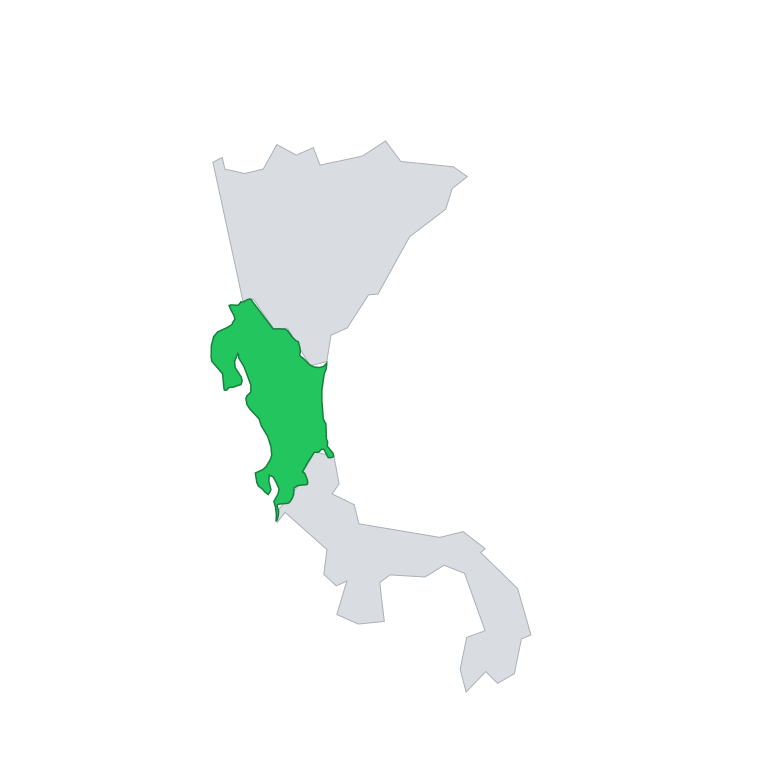 map of Costa Rica with Panama and Nicaragua greyed out, rotated 31°
{"feature_id": "CRI", "entity_name": "Costa Rica", "entity_type": "country or territory", "adm_level": 0, "iso_a3": "CRI", "parent_name": "North America", "parent_adm1": "", "projection": "robinson", "projection_center": [-84.032, 9.63], "detail": "fine", "context": "with_neighbors", "style": "filled", "palette": "green", "viewbox_px": 768, "rotation_deg": 31, "n_neighbors": 2, "source": "natural_earth", "source_scale": "50m", "svg_char_len": 2694}
<svg xmlns="http://www.w3.org/2000/svg" viewBox="0 0 768 768"><g transform="rotate(31 384 384)"><path d="M639.2,523.4L633.1,531.7L644.9,565.2L635.5,582.1L619.3,578.1L613.0,605.7L596.2,589.3L585.4,558.6L597.7,543.4L550.6,504.8L528.7,508.5L518.6,528.3L487.5,544.5L482.6,556.4L506.5,587.3L485.6,603.0L462.3,605.9L453.6,571.9L447.1,581.6L430.5,578.2L420.4,555.3L365.3,545.0L363.8,557.3L358.0,548.7L362.9,515.6L370.3,508.8L359.9,500.4L359.6,477.5L379.0,472.4L397.0,492.8L396.0,504.9L420.7,502.8L434.5,516.8L510.8,486.8L527.8,469.8L555.5,473.1L553.6,478.7L603.9,490.5L639.2,523.4Z" fill="#d9dde1" stroke="#a8b0b8" stroke-width="1"/><path d="M323.4,394.2L311.4,406.3L272.5,386.0L261.0,393.5L228.1,378.4L220.5,385.7L123.1,282.0L128.7,273.2L136.9,281.8L156.2,275.4L169.8,261.9L168.8,233.9L190.9,233.0L201.7,217.8L216.4,229.3L248.1,199.8L260.1,174.9L283.8,184.6L331.6,162.1L348.6,163.3L341.8,181.4L346.9,202.3L330.1,244.6L332.5,310.0L324.8,315.5L323.6,354.9L313.4,369.5L323.4,394.2Z" fill="#d9dde1" stroke="#a8b0b8" stroke-width="1"/><path d="M378.1,471.8L377.8,472.8L377.0,473.9L375.7,475.0L374.1,475.8L370.1,473.5L366.2,470.9L364.1,472.1L363.3,475.5L361.8,477.2L360.0,477.9L359.3,479.0L359.1,490.4L359.3,501.2L362.2,501.4L367.1,505.2L369.2,507.4L369.9,509.4L369.3,510.4L365.7,512.7L362.2,515.7L360.4,519.4L363.5,525.4L364.2,529.4L364.1,533.7L363.2,535.7L356.4,540.6L354.9,542.3L355.1,543.5L358.9,546.9L360.7,550.2L362.1,554.1L362.3,557.5L358.9,551.2L354.2,545.2L350.1,541.4L349.8,532.8L348.1,528.0L342.0,523.7L336.7,520.7L332.7,521.3L335.1,526.3L341.4,532.7L341.8,535.1L341.7,538.4L337.4,537.9L333.6,536.6L329.0,536.2L326.0,534.2L319.5,526.6L324.1,520.0L325.5,515.8L325.4,506.9L324.3,502.6L319.4,496.0L311.4,488.9L300.3,483.0L295.0,478.3L282.0,474.6L277.1,472.2L273.2,467.8L272.6,464.6L274.0,459.7L270.4,453.4L254.9,441.1L246.2,436.6L244.3,433.9L243.0,433.1L244.3,441.6L248.1,446.7L258.0,451.5L260.7,454.2L261.8,457.9L256.0,464.8L253.1,466.6L252.2,470.3L250.4,471.5L248.4,469.3L240.4,458.4L224.8,453.2L222.0,450.0L216.3,440.1L213.6,431.0L214.6,425.0L221.0,415.6L223.0,411.5L222.6,409.0L222.8,405.3L220.4,402.7L214.5,399.3L210.8,396.6L211.8,395.2L218.5,391.6L219.0,388.3L219.0,387.2L220.1,387.0L221.0,386.1L221.6,385.2L223.5,382.0L225.1,380.2L227.0,380.0L229.2,381.3L237.8,384.7L247.2,388.5L260.7,393.9L266.3,390.4L271.1,387.8L274.5,388.1L281.7,391.2L286.1,392.2L288.8,391.9L293.4,396.4L295.9,399.8L296.3,402.0L297.8,403.2L301.4,403.5L310.2,405.8L315.6,405.4L320.5,402.9L323.2,400.0L324.1,395.5L325.3,397.7L326.8,401.3L327.4,405.8L333.8,421.1L338.9,429.7L350.0,445.3L354.8,448.2L362.9,460.7L365.7,462.8L367.3,466.5L375.8,469.5L378.1,471.8Z" fill="#22c55e" stroke="#15803d" stroke-width="1.5"/></g></svg>